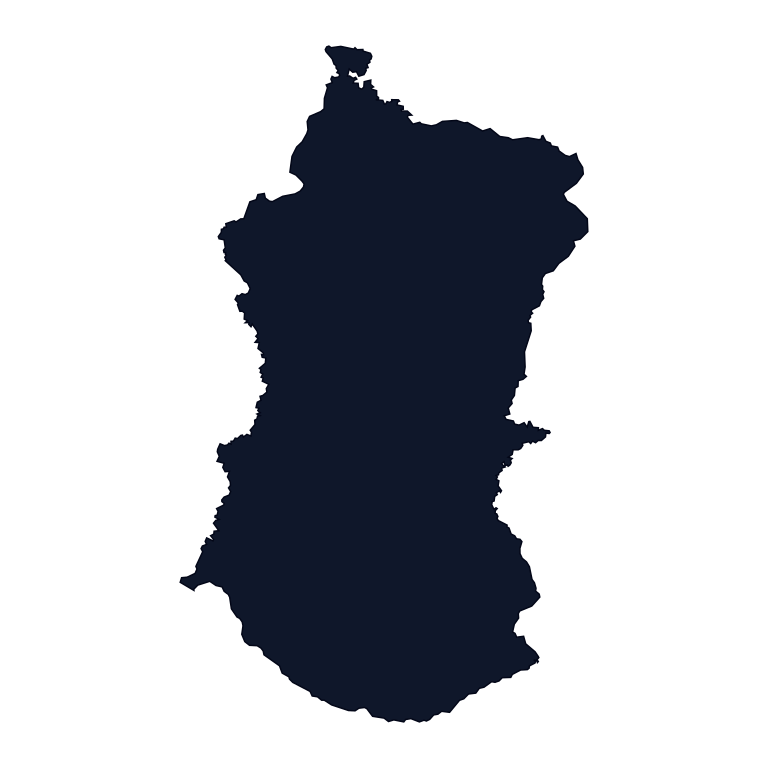 outline of Ngada, Nusa Tenggara Timur, Indonesia
{"feature_id": "22746128B33181363193361", "entity_name": "Ngada", "entity_type": "district", "adm_level": 2, "iso_a3": "IDN", "parent_name": "Indonesia", "parent_adm1": "Nusa Tenggara Timur", "projection": "albers", "projection_center": [120.974, -8.65], "detail": "fine", "context": "isolated", "style": "filled", "palette": "ink", "viewbox_px": 768, "rotation_deg": 0, "n_neighbors": 0, "source": "geoboundaries", "source_scale": "gbopen_adm2", "svg_char_len": 6067}
<svg xmlns="http://www.w3.org/2000/svg" viewBox="0 0 768 768"><path d="M180.2,582.3L193.9,590.4L193.8,589.2L197.8,585.1L209.8,581.3L216.0,585.5L222.1,586.9L224.2,591.4L228.3,594.4L229.7,597.3L231.4,608.8L237.0,617.0L239.7,618.4L242.2,621.9L243.0,625.8L241.8,634.3L244.8,641.6L249.5,645.3L257.2,645.7L261.0,648.1L263.2,651.0L264.0,654.8L279.5,665.8L282.2,673.1L288.9,676.8L289.5,679.1L292.8,682.4L310.1,691.4L312.2,696.0L317.5,696.8L321.6,700.2L324.3,700.2L331.6,704.9L348.5,710.5L355.1,710.8L358.9,708.2L364.5,707.5L366.8,708.6L372.6,716.3L384.1,718.1L388.5,721.5L393.8,719.9L403.8,721.9L405.6,719.5L410.9,718.6L419.4,721.9L424.0,720.2L426.4,721.0L429.7,719.4L433.7,714.9L437.9,714.2L441.6,711.3L449.6,712.3L459.5,700.3L463.8,698.8L468.5,694.0L475.8,693.1L479.3,688.3L484.0,687.2L491.6,681.7L495.0,682.3L499.1,680.9L502.2,677.7L510.8,677.4L512.3,674.4L520.6,670.0L527.4,669.6L529.1,668.2L529.4,665.9L535.0,663.0L535.6,661.2L533.5,659.9L536.9,660.6L537.4,662.5L538.3,661.5L537.0,659.7L538.8,657.6L538.2,656.4L535.1,651.8L525.7,643.8L523.6,636.3L516.7,637.2L515.0,633.4L512.6,632.0L514.3,624.2L518.6,618.1L518.3,613.6L519.7,611.0L531.8,606.0L539.8,597.1L539.2,594.1L535.6,591.1L536.0,588.2L534.4,582.7L532.0,579.4L529.4,566.7L526.5,561.9L522.2,558.3L520.0,553.6L519.9,548.4L521.9,541.6L520.0,539.3L516.5,538.8L514.7,535.8L511.1,534.0L509.0,528.0L506.9,526.9L507.1,525.1L498.2,520.5L497.0,518.3L497.9,516.5L496.7,513.9L495.1,513.4L495.3,510.6L497.2,508.6L496.0,507.8L493.9,509.3L491.7,504.7L492.2,501.6L494.1,501.0L494.7,496.4L497.3,494.6L496.3,492.7L499.5,490.8L500.5,492.4L501.5,490.7L498.1,485.9L498.9,480.8L496.1,479.4L497.4,477.0L496.1,475.5L498.5,474.8L498.8,472.8L502.1,470.5L501.6,468.1L505.0,467.0L501.5,463.8L503.9,461.6L505.2,465.7L507.3,464.9L508.1,466.3L509.9,465.0L511.2,462.8L510.4,460.0L512.1,458.5L508.1,457.2L512.2,454.4L513.1,449.8L518.2,449.8L520.7,448.5L522.8,445.4L522.2,443.3L528.8,441.7L530.7,443.5L532.5,441.1L535.6,442.7L538.1,440.5L541.4,440.5L545.5,436.9L545.9,433.1L549.2,433.5L550.1,432.5L549.2,430.8L544.3,430.3L542.5,428.6L538.3,430.4L538.4,427.7L533.0,427.3L529.9,421.4L528.8,421.6L527.2,427.1L524.1,422.7L519.1,425.1L514.6,424.1L513.4,421.0L506.1,419.4L504.2,415.8L509.8,414.0L508.2,408.0L512.1,403.5L511.3,400.0L514.4,395.5L515.1,388.0L518.0,386.5L518.2,380.7L523.0,379.3L526.4,376.4L524.0,374.2L525.1,367.0L524.5,351.8L531.2,330.8L530.8,323.3L528.5,322.7L528.1,320.3L530.6,317.1L529.9,315.5L532.6,313.2L531.3,312.1L531.6,309.9L539.4,305.8L540.9,301.6L543.7,298.3L542.7,294.3L544.0,291.7L542.4,289.6L542.7,286.1L541.5,284.5L542.3,277.8L545.4,273.5L553.3,270.8L558.8,263.4L568.3,256.3L574.9,246.2L573.4,240.8L580.3,239.1L587.8,231.6L587.3,218.7L575.2,206.0L567.0,201.2L563.4,194.4L564.2,192.4L576.4,183.3L583.3,174.0L582.6,167.4L577.9,159.8L576.0,153.5L569.5,156.6L565.2,155.4L559.1,151.0L557.6,147.1L551.4,145.9L550.3,143.0L545.9,141.3L542.9,135.6L541.7,136.2L541.3,138.9L539.1,139.7L527.6,137.7L512.6,139.8L508.3,137.7L499.8,136.5L490.1,128.6L482.6,131.0L467.4,122.5L464.2,122.9L456.4,120.4L442.4,121.4L436.4,124.8L431.3,125.9L421.3,123.8L419.8,122.3L412.9,124.1L407.4,117.3L408.0,115.3L411.7,115.1L407.4,111.1L401.6,111.1L401.0,109.4L403.3,109.2L403.2,106.3L397.0,104.9L397.6,101.9L399.5,101.2L398.4,99.8L391.7,99.7L391.8,101.3L389.6,102.4L387.0,101.6L385.8,103.9L384.4,104.1L382.8,100.4L375.8,99.8L378.5,98.7L378.5,97.4L376.7,96.3L376.6,90.7L371.5,89.1L371.2,87.9L373.5,86.9L370.6,84.4L370.8,80.1L364.2,81.7L363.8,87.2L361.6,89.2L358.6,87.7L358.1,83.3L353.2,83.1L354.0,80.4L356.8,79.1L355.6,77.3L353.0,78.3L349.7,76.0L347.5,76.1L349.2,69.0L352.7,72.2L356.5,71.7L358.8,76.2L364.0,74.6L366.2,70.5L365.7,68.3L368.1,67.6L366.9,64.2L369.9,62.3L369.6,60.0L371.1,59.0L371.8,56.3L370.4,53.3L363.1,51.1L362.9,49.5L357.0,49.7L355.0,47.7L353.7,49.1L340.8,46.4L331.1,47.7L328.9,46.1L326.7,46.9L325.3,49.5L326.0,51.6L332.2,58.9L334.1,64.2L336.0,65.5L336.2,68.2L338.2,70.4L336.9,72.6L339.2,73.6L339.6,75.5L338.6,77.0L334.6,77.7L332.1,76.4L330.9,79.1L332.3,82.6L326.2,84.9L327.5,87.7L324.4,98.3L324.1,108.8L320.7,111.6L309.6,116.4L307.2,121.5L308.0,129.9L306.8,133.6L302.2,141.8L296.7,147.0L292.0,156.4L289.9,172.2L295.9,175.0L301.9,181.0L304.1,183.9L303.5,187.0L300.2,191.1L295.1,193.9L282.7,196.3L272.5,201.6L269.5,201.2L265.3,198.1L264.3,193.5L257.9,194.6L256.2,199.7L249.9,201.8L243.8,218.8L240.7,218.9L236.0,222.0L234.2,220.8L225.8,223.7L226.4,227.2L224.1,227.2L223.5,228.8L221.4,229.3L221.3,232.4L218.3,236.6L219.1,238.8L224.1,239.8L225.3,247.9L223.5,250.2L224.0,252.5L225.7,252.5L225.3,254.2L226.3,255.2L224.8,257.2L226.1,260.0L225.3,260.7L240.8,274.8L244.2,281.0L247.4,282.8L250.2,288.6L248.3,293.0L245.3,294.6L242.0,293.7L239.0,296.1L237.2,295.4L235.1,299.4L238.4,303.1L237.5,304.6L239.9,311.3L242.3,311.2L244.6,312.9L244.2,319.1L247.6,320.6L245.3,322.7L249.0,322.6L248.8,324.4L251.0,326.7L252.2,324.0L257.1,331.0L257.9,333.9L255.8,336.3L258.1,338.5L255.1,342.3L259.3,342.6L258.0,348.5L263.2,352.8L263.6,354.6L261.5,354.4L262.2,357.3L265.8,358.0L265.3,363.3L259.4,368.3L261.0,369.5L260.2,372.5L262.8,374.0L261.1,377.2L263.2,378.1L262.3,381.2L268.8,384.3L266.3,388.6L266.9,392.1L262.8,395.5L260.0,396.3L261.0,400.3L257.3,402.2L256.0,407.6L259.0,408.2L257.8,410.6L260.2,412.7L257.0,414.0L259.9,415.6L257.6,416.1L256.9,419.0L254.7,420.2L255.0,424.5L250.2,430.2L251.5,432.1L250.9,436.0L246.9,434.4L243.4,437.1L242.5,435.1L240.9,435.4L237.5,438.6L235.2,438.1L233.4,441.2L231.0,441.3L231.1,444.1L228.9,443.2L227.6,444.9L224.5,445.6L220.1,443.8L217.7,449.2L217.3,451.8L219.3,456.3L217.0,461.3L224.2,463.3L222.8,467.4L225.1,471.7L229.5,471.4L227.5,476.9L230.2,481.6L230.5,485.4L228.5,487.9L230.7,491.5L229.1,495.1L224.1,497.1L221.8,499.9L221.9,501.6L224.1,503.3L223.8,505.0L216.6,508.6L218.1,511.4L217.1,515.2L215.2,515.6L214.9,517.1L219.1,519.4L215.8,520.4L213.5,523.2L218.8,530.7L214.1,531.2L213.8,534.1L210.6,535.7L213.6,539.4L213.0,540.9L206.7,537.9L205.2,541.4L206.6,544.4L202.4,546.0L201.1,548.6L202.7,551.7L195.9,566.4L197.0,569.0L195.1,573.4L187.1,577.2L181.6,577.7L180.2,582.3Z" fill="#0f172a" stroke="#020617" stroke-width="1.5"/></svg>